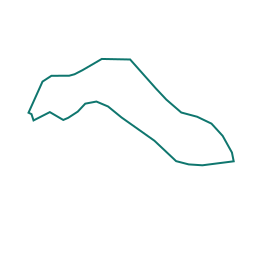 outline of Nam-gu [South District], South Jeolla, South Korea, rotated 237°
{"feature_id": "91817680B68494559899558", "entity_name": "Nam-gu [South District]", "entity_type": "district", "adm_level": 2, "iso_a3": "KOR", "parent_name": "South Korea", "parent_adm1": "South Jeolla", "projection": "natural_earth1", "projection_center": [126.87, 35.102], "detail": "fine", "context": "isolated", "style": "outline", "palette": "teal", "viewbox_px": 256, "rotation_deg": 237, "n_neighbors": 0, "source": "geoboundaries", "source_scale": "gbopen_adm2", "svg_char_len": 521}
<svg xmlns="http://www.w3.org/2000/svg" viewBox="0 0 256 256"><g transform="rotate(237 128 128)"><path d="M184.3,167.1L200.2,143.6L201.3,121.2L202.2,112.4L203.9,107.1L213.5,92.2L213.5,81.6L195.0,52.9L192.2,54.6L185.8,52.9L183.9,71.1L170.0,78.1L169.1,83.4L169.1,94.8L171.7,105.4L167.4,115.9L156.9,123.0L140.4,128.3L103.0,143.2L74.0,150.3L64.4,159.1L56.2,170.1L42.5,198.5L50.8,201.8L69.8,203.1L86.2,200.4L99.8,192.1L112.0,181.1L131.0,175.6L146.0,172.9L184.3,167.1Z" fill="none" stroke="#0f766e" stroke-width="2"/></g></svg>